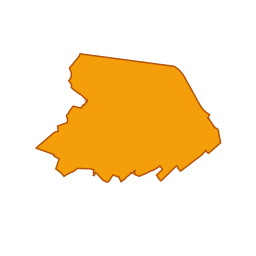 Bergen op Zoom, Noord-Brabant, Netherlands, rotated 127°
{"feature_id": "6326949B50303337761735", "entity_name": "Bergen op Zoom", "entity_type": "district", "adm_level": 2, "iso_a3": "NLD", "parent_name": "Netherlands", "parent_adm1": "Noord-Brabant", "projection": "equal_earth", "projection_center": [4.307, 51.505], "detail": "fine", "context": "isolated", "style": "filled", "palette": "amber", "viewbox_px": 256, "rotation_deg": 127, "n_neighbors": 0, "source": "geoboundaries", "source_scale": "gbopen_adm2", "svg_char_len": 4773}
<svg xmlns="http://www.w3.org/2000/svg" viewBox="0 0 256 256"><g transform="rotate(127 128 128)"><path d="M97.6,210.9L99.7,210.3L100.1,210.1L100.5,210.2L110.0,210.6L112.1,210.7L115.4,210.9L117.8,206.8L118.0,206.6L118.2,206.4L118.3,206.2L118.6,206.0L119.0,205.7L119.3,205.4L119.9,205.1L120.3,204.8L120.9,204.5L121.1,204.4L121.4,204.3L122.1,204.0L122.5,203.9L122.8,203.8L123.1,203.8L123.3,203.8L123.5,203.8L124.6,203.8L125.9,203.8L127.3,199.3L129.0,198.1L129.7,197.7L129.9,196.2L130.0,195.9L130.0,195.6L130.1,194.6L130.1,193.9L130.1,193.6L130.0,192.4L130.1,191.8L130.0,191.1L130.0,188.5L129.9,188.5L130.0,188.5L129.8,185.9L129.8,185.7L129.8,184.1L130.2,181.9L130.3,181.6L130.3,181.2L130.3,180.9L130.3,180.6L130.2,178.1L130.2,177.9L130.1,177.7L129.9,177.3L131.3,176.5L131.4,176.9L131.5,177.1L131.7,177.5L131.8,177.0L133.7,176.8L133.8,177.1L136.2,176.7L136.4,177.8L139.6,177.3L140.2,178.4L140.5,178.3L140.8,178.5L141.1,179.1L141.6,180.2L141.8,180.8L142.0,181.4L142.6,182.6L143.0,183.5L143.1,183.9L143.2,184.3L143.4,184.9L143.5,184.9L143.7,185.0L144.0,185.0L145.0,185.0L145.7,184.9L146.4,184.9L147.9,184.9L149.6,185.0L149.9,184.9L152.2,184.4L154.6,184.8L154.9,184.6L156.5,183.4L156.5,182.2L160.2,179.8L161.0,180.3L162.5,181.3L163.4,181.9L165.5,183.2L168.8,185.4L172.7,181.7L173.8,182.8L174.1,183.1L174.3,183.3L174.5,183.4L174.9,183.7L175.2,183.8L175.7,184.0L176.1,184.2L176.6,184.4L178.4,184.8L181.5,185.5L192.2,187.7L192.1,187.8L198.3,189.1L199.3,189.3L199.4,189.2L197.5,183.3L197.1,181.9L195.5,176.9L194.6,173.6L193.7,170.9L195.0,170.3L194.8,168.9L194.6,168.3L194.6,167.9L194.3,166.2L194.1,165.1L194.0,164.4L195.9,163.8L200.6,162.2L204.1,161.1L204.0,160.4L204.1,156.5L204.2,154.9L204.2,154.7L204.3,154.0L204.4,153.3L204.6,152.3L204.8,151.5L204.9,150.8L204.9,150.6L205.0,150.4L205.2,150.0L204.4,149.7L202.1,148.8L201.3,148.4L200.9,148.3L200.9,148.2L200.4,148.0L199.5,147.6L197.9,147.0L197.7,146.9L197.5,146.7L197.4,146.6L196.3,145.7L196.1,145.6L195.9,145.5L193.9,144.9L192.8,144.6L190.7,144.0L190.5,143.9L190.3,143.6L187.5,139.6L186.9,138.7L185.7,137.0L184.2,135.0L184.0,134.8L183.9,134.6L183.8,134.4L183.7,134.2L183.1,132.9L182.9,132.4L182.6,131.6L181.9,130.1L183.5,129.6L184.9,128.1L185.1,127.9L185.4,127.7L185.6,127.6L186.1,127.4L186.7,127.2L186.3,126.3L183.8,127.1L183.2,127.3L182.9,127.3L182.9,126.9L183.1,126.1L183.3,124.8L183.7,122.4L183.8,122.0L183.9,121.6L184.1,120.3L184.2,120.0L184.5,117.8L184.8,116.5L184.8,116.4L184.7,116.2L184.4,114.3L184.2,113.8L184.1,113.3L184.1,113.0L183.9,112.1L183.3,111.7L183.2,111.7L182.5,111.3L182.4,111.2L181.0,111.3L180.6,111.3L178.4,111.5L177.9,111.5L177.2,111.5L176.7,111.6L176.1,111.6L174.5,111.7L174.3,110.9L173.8,109.2L173.5,108.2L173.3,107.5L173.1,107.0L173.0,106.4L172.9,105.8L172.7,105.8L172.8,105.7L173.3,104.8L173.4,104.7L173.5,104.4L173.5,104.2L174.1,103.1L174.7,102.1L175.0,101.6L175.1,101.4L175.1,101.1L174.2,100.9L173.6,100.8L173.0,100.6L169.9,99.6L169.7,99.7L169.4,99.8L169.2,99.8L168.9,99.8L168.7,99.8L168.4,99.7L166.4,99.2L164.7,98.7L164.0,98.7L162.8,98.7L162.4,98.7L162.2,98.8L162.2,98.7L161.8,97.4L157.9,97.0L158.0,96.6L158.5,96.5L158.8,96.4L160.7,95.6L160.2,95.3L161.0,94.3L159.8,90.0L158.8,89.5L158.5,89.3L157.6,88.7L155.5,87.5L154.0,86.6L153.9,86.6L153.7,86.4L153.4,86.3L150.7,84.9L150.4,84.8L148.0,83.6L146.9,82.5L144.9,81.7L139.1,79.4L139.1,79.5L139.0,79.4L139.2,79.2L139.3,79.1L139.4,78.6L140.2,76.2L140.4,75.4L140.5,75.4L144.5,76.3L144.8,76.3L145.2,76.2L145.3,76.2L145.4,76.3L146.6,76.5L148.4,76.9L148.5,76.9L149.2,74.8L149.3,74.5L150.2,71.6L150.4,70.9L150.4,70.6L150.4,70.3L150.4,70.2L150.3,69.8L150.2,69.7L130.7,66.8L128.7,66.5L128.4,66.4L128.5,66.4L129.2,65.3L129.5,64.8L129.8,64.3L130.0,63.8L130.5,62.1L130.6,61.5L130.8,60.9L130.8,60.3L130.8,60.1L128.0,59.2L127.9,59.3L127.2,59.0L126.7,58.9L124.5,58.3L120.1,57.0L117.4,56.3L116.3,56.0L115.3,55.8L113.1,55.1L111.3,54.6L110.8,54.5L107.7,53.6L106.5,53.3L105.3,53.0L105.1,52.9L104.8,52.9L103.7,52.8L100.7,52.5L100.1,52.4L99.5,52.3L99.4,52.3L99.5,52.2L99.6,51.8L99.6,51.6L99.6,51.3L99.8,49.7L99.8,49.2L99.8,48.5L97.6,48.0L90.1,46.4L86.6,45.7L84.9,45.3L84.2,45.1L83.9,45.4L83.4,45.9L83.2,46.1L82.9,46.4L82.3,47.0L80.5,49.1L79.7,50.0L79.5,50.3L79.4,50.5L79.0,50.8L77.8,52.2L77.1,52.9L76.8,53.1L76.5,53.4L75.2,54.8L75.0,56.6L75.0,56.8L75.1,57.0L75.1,57.3L75.6,59.1L75.3,59.1L75.2,59.1L75.1,59.3L75.1,59.6L73.9,63.6L73.8,63.9L73.7,64.1L72.7,67.1L72.4,68.3L72.1,69.2L72.1,69.6L71.9,69.5L72.0,69.8L71.9,69.9L71.9,70.1L71.7,70.3L71.3,70.5L71.0,70.5L70.9,70.5L68.3,70.8L68.4,73.0L68.4,75.3L68.2,77.5L67.8,79.8L67.2,82.0L66.4,84.2L65.5,86.3L57.8,103.5L57.0,105.4L56.8,105.7L56.7,106.1L54.0,112.1L53.0,114.2L52.2,116.4L51.6,118.6L51.1,120.9L50.9,123.2L50.8,125.4L51.0,128.4L62.4,148.5L75.8,172.3L97.6,210.9Z" fill="#f59e0b" stroke="#b45309" stroke-width="1.5"/></g></svg>